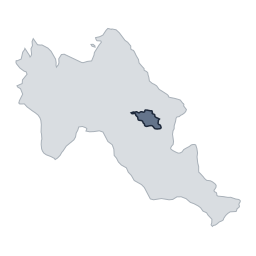 Rangrim, Chagang-do, North Korea (highlighted), rotated 89°
{"feature_id": "82179303B57192008066519", "entity_name": "Rangrim", "entity_type": "district", "adm_level": 2, "iso_a3": "PRK", "parent_name": "North Korea", "parent_adm1": "Chagang-do", "projection": "albers", "projection_center": [127.189, 40.817], "detail": "fine", "context": "in_parent", "style": "filled", "palette": "slate", "viewbox_px": 256, "rotation_deg": 89, "n_neighbors": 0, "source": "geoboundaries", "source_scale": "gbopen_adm2", "svg_char_len": 5058}
<svg xmlns="http://www.w3.org/2000/svg" viewBox="0 0 256 256"><g transform="rotate(89 128 128)"><path d="M158.3,201.4L157.1,202.1L155.2,205.6L153.4,210.1L151.7,212.5L149.6,213.9L147.4,214.7L143.0,215.1L139.0,214.8L137.7,214.3L132.3,214.6L130.7,215.0L122.9,214.6L118.8,215.0L116.2,215.9L113.5,217.7L111.2,220.4L109.2,223.3L105.1,228.6L102.1,231.2L102.1,234.9L102.0,236.0L101.0,236.8L100.7,236.5L99.0,236.2L92.3,232.7L86.8,234.8L85.3,237.4L83.9,238.3L81.7,233.0L78.1,232.7L72.5,228.0L70.0,228.9L69.4,230.8L66.2,235.0L61.7,238.5L60.3,238.9L58.7,238.6L58.9,237.7L57.2,233.6L50.3,231.9L47.9,230.1L46.6,229.7L53.5,225.4L55.3,224.7L54.0,223.6L52.5,223.1L47.0,223.6L44.1,222.1L39.9,222.4L37.0,221.2L43.2,217.0L43.5,214.4L43.5,212.5L46.7,206.7L49.9,203.6L57.9,199.2L61.4,198.7L63.9,198.9L65.9,198.5L63.8,196.7L61.7,195.9L57.6,196.0L53.4,193.3L53.1,190.5L61.7,173.2L61.9,171.6L60.7,167.4L60.3,163.2L54.5,160.7L52.0,160.3L44.6,155.5L41.7,153.1L40.5,153.7L40.2,157.5L39.1,158.3L37.1,158.9L36.2,154.6L34.7,151.5L29.9,148.2L28.1,146.4L29.1,142.7L28.7,142.4L29.6,138.2L32.7,135.0L40.3,129.5L42.3,126.8L46.1,123.8L47.8,123.9L49.5,123.6L50.1,122.3L50.5,121.2L52.1,120.2L55.7,118.6L59.8,116.3L63.1,115.8L67.2,112.4L68.8,110.9L70.4,110.9L70.9,110.2L71.9,108.4L73.1,107.3L74.9,107.1L77.8,106.3L81.4,105.8L83.9,102.9L84.8,100.9L86.4,98.6L89.9,96.2L92.3,92.5L95.0,88.5L96.2,87.2L97.5,87.0L98.2,85.5L99.1,81.2L100.3,77.1L101.0,75.2L104.0,73.0L104.8,72.0L105.5,71.7L106.9,72.0L108.7,70.7L110.5,69.3L112.1,69.8L113.7,71.0L115.4,73.3L116.2,75.1L117.5,76.6L117.8,78.8L119.1,79.8L122.0,80.3L126.7,81.8L129.7,81.9L131.5,83.0L135.1,83.6L142.3,82.7L145.3,83.2L146.6,84.5L148.4,85.6L149.6,85.7L151.2,83.8L152.9,80.7L154.0,78.3L153.9,76.4L152.9,74.4L150.5,72.6L148.9,69.7L147.4,66.7L146.5,65.8L145.8,64.3L145.6,62.1L146.1,60.6L149.7,59.5L154.3,58.9L158.0,59.5L164.2,58.9L168.0,58.0L170.8,58.1L173.4,58.0L174.6,56.7L178.1,53.6L179.8,52.4L181.7,50.3L182.0,48.1L182.3,46.4L183.4,44.4L185.2,42.1L186.8,40.9L188.6,41.0L190.5,42.1L191.7,43.1L193.1,42.8L194.1,40.9L194.9,40.5L197.0,40.3L197.7,39.2L198.3,33.7L199.1,29.5L199.1,26.5L200.9,21.5L201.4,18.5L202.5,17.1L203.8,17.1L205.0,18.0L206.4,18.5L208.2,17.9L209.5,18.6L210.4,20.2L213.2,21.2L213.4,22.0L213.6,27.3L215.2,29.8L217.3,32.0L220.1,33.9L221.6,34.4L222.5,35.8L223.5,38.3L225.5,40.7L226.6,42.5L226.9,44.3L227.9,45.3L226.3,46.6L224.2,45.9L220.7,45.7L216.5,49.5L214.1,50.9L212.4,54.5L209.0,56.8L207.2,59.1L204.9,63.2L203.4,67.0L199.7,71.1L197.7,76.0L197.7,80.3L200.2,84.5L200.5,88.2L199.1,95.8L200.2,103.7L199.3,106.9L187.8,112.7L184.8,115.5L180.6,122.7L175.5,125.5L172.2,128.5L167.8,130.3L164.9,135.3L161.8,138.2L158.0,140.0L155.2,142.3L148.9,142.5L144.4,144.1L141.2,148.3L131.6,153.1L130.3,156.7L131.0,162.3L131.1,166.5L130.3,170.1L128.1,169.1L127.0,170.2L125.7,173.5L126.1,177.2L129.4,178.3L132.2,179.9L136.0,180.6L138.9,182.3L145.0,190.0L149.9,193.4L151.3,194.7L154.1,196.3L156.8,199.0L158.3,201.4ZM45.6,162.5L43.8,163.6L43.7,161.5L45.2,159.7L46.6,159.5L45.6,162.5Z" fill="#d9dde1" stroke="#a8b0b8" stroke-width="1"/><path d="M111.2,103.9L111.2,104.0L111.2,105.2L111.0,106.1L110.8,107.0L110.7,107.5L110.6,108.0L110.4,108.5L110.4,109.2L110.4,109.5L110.3,110.0L110.4,110.5L110.8,110.8L111.1,110.9L111.5,110.9L112.0,111.1L112.3,111.7L112.4,111.8L112.5,112.3L112.3,113.0L112.0,113.8L112.0,114.0L112.0,114.3L112.0,114.8L112.2,115.4L112.5,115.7L112.8,116.3L113.0,116.6L112.9,117.3L112.5,118.1L112.0,118.9L111.9,119.5L112.1,120.0L112.2,120.7L112.3,121.5L112.1,122.3L112.2,122.7L112.4,123.2L112.6,123.8L112.9,124.6L113.1,124.4L113.5,124.0L113.7,123.8L113.7,123.6L113.8,123.3L113.8,123.0L113.6,121.6L113.6,121.0L113.8,120.6L114.0,120.4L114.2,120.2L114.4,120.1L115.1,120.1L115.3,120.0L115.6,119.8L116.2,119.3L116.5,118.9L116.9,118.5L117.1,118.3L117.4,118.2L119.0,117.9L119.5,117.8L120.0,117.6L120.3,117.2L120.6,116.1L120.7,115.5L120.7,115.0L120.8,114.5L121.0,114.1L121.1,113.9L121.3,113.6L121.5,113.4L122.0,113.1L123.2,112.7L123.4,112.5L123.7,112.1L123.9,111.9L124.1,111.7L124.6,111.5L125.5,111.4L126.0,111.1L126.2,110.9L126.3,110.7L126.6,110.1L126.6,109.9L126.7,109.6L126.7,109.3L126.7,109.1L126.6,108.6L126.4,107.7L126.3,107.3L126.1,106.5L126.1,105.8L126.0,105.3L126.0,104.7L126.1,104.2L126.3,103.6L126.7,103.2L127.1,102.8L127.9,102.2L128.1,102.0L128.7,101.6L128.9,101.5L129.1,101.1L129.2,100.6L129.4,100.0L129.4,99.3L129.4,99.1L129.5,98.9L129.5,98.4L129.4,98.2L129.4,97.4L129.3,96.7L129.3,96.1L129.1,95.7L128.9,95.3L128.6,95.1L128.2,94.9L127.6,95.0L127.0,95.2L126.3,95.4L125.7,95.8L125.4,96.1L125.3,96.3L125.2,96.5L125.2,96.8L125.1,97.0L124.8,97.4L124.3,97.7L123.7,97.9L123.1,97.8L122.9,97.7L122.4,97.6L122.2,97.6L121.8,97.6L121.1,97.6L120.9,97.5L120.7,97.4L120.3,97.0L119.9,96.6L119.7,96.5L119.6,96.4L119.4,96.7L119.3,97.0L119.1,97.3L118.9,97.8L118.6,98.1L118.5,98.5L118.3,99.1L118.1,99.4L117.7,100.1L117.5,100.4L116.9,100.9L116.3,101.0L115.8,101.0L115.4,101.0L115.0,101.3L114.7,101.8L114.5,102.3L114.2,103.1L113.7,103.6L113.2,103.6L112.8,103.3L112.4,103.4L111.9,103.6L111.2,103.9Z" fill="#64748b" stroke="#1e293b" stroke-width="1.5"/></g></svg>